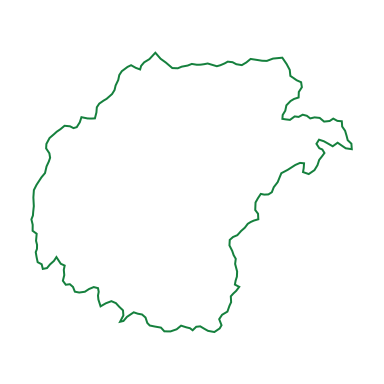 the district of São José do Rio Pardo, São Paulo, Brazil, rotated 177°
{"feature_id": "56859067B94240559052727", "entity_name": "São José do Rio Pardo", "entity_type": "district", "adm_level": 2, "iso_a3": "BRA", "parent_name": "Brazil", "parent_adm1": "São Paulo", "projection": "mercator", "projection_center": [-46.893, -21.597], "detail": "fine", "context": "isolated", "style": "outline", "palette": "green", "viewbox_px": 384, "rotation_deg": 177, "n_neighbors": 0, "source": "geoboundaries", "source_scale": "gbopen_adm2", "svg_char_len": 2869}
<svg xmlns="http://www.w3.org/2000/svg" viewBox="0 0 384 384"><g transform="rotate(177 192 192)"><path d="M349.8,130.0L345.9,127.7L345.0,123.0L340.8,123.6L337.6,127.1L333.5,130.4L330.8,134.1L328.8,130.6L326.8,127.2L323.0,125.2L324.1,121.0L323.9,115.7L325.6,110.1L322.9,106.0L318.8,106.3L315.8,103.4L314.2,98.6L309.9,97.5L304.2,98.0L299.9,100.5L295.1,102.2L290.9,100.9L290.4,97.2L291.3,93.5L291.1,89.5L289.3,82.6L283.8,85.4L278.2,87.2L273.8,85.0L270.6,81.1L267.1,77.4L267.0,72.3L270.6,66.2L267.2,66.8L263.5,70.7L256.5,74.9L252.5,73.3L248.3,72.3L245.0,69.1L243.5,63.6L241.2,60.9L236.2,59.6L230.1,58.2L226.9,54.3L220.8,53.9L214.5,55.7L209.9,59.1L204.6,57.1L201.2,56.1L198.6,53.9L194.8,57.2L190.8,57.4L186.6,54.6L183.3,52.5L177.0,51.0L171.5,54.3L169.5,57.4L171.5,63.6L168.4,67.8L162.9,70.7L160.5,76.5L158.7,79.9L158.7,85.8L156.0,88.5L153.1,90.9L149.8,94.8L154.0,97.3L153.1,101.1L151.6,105.1L151.1,110.2L152.7,117.9L151.8,123.0L153.7,126.7L154.9,131.0L157.4,136.7L156.8,142.2L153.4,144.9L149.0,146.5L144.9,150.6L141.1,153.6L138.0,157.3L134.9,159.0L131.8,160.2L127.2,161.3L127.2,166.8L129.8,170.7L129.1,178.2L126.5,182.3L123.4,186.5L120.0,185.6L115.8,185.6L112.3,187.6L110.1,192.5L105.9,197.4L103.8,201.9L101.8,206.1L95.3,209.1L87.4,213.6L82.6,215.4L78.6,214.8L79.2,210.0L80.1,206.1L74.5,203.8L68.6,207.4L65.3,212.2L63.3,217.4L60.4,220.7L57.7,224.0L59.6,227.6L62.6,229.1L65.2,233.6L62.4,237.6L57.7,235.8L53.1,232.9L49.1,230.3L44.0,233.6L40.0,230.5L36.2,227.6L30.2,226.4L30.3,231.9L33.8,235.6L34.7,240.1L35.9,245.1L38.6,249.5L38.7,254.8L43.1,255.4L47.1,257.9L50.8,255.7L56.4,255.4L60.6,259.3L65.7,260.1L70.1,259.3L73.3,262.1L77.4,263.4L81.6,261.4L85.5,262.1L90.4,258.9L94.5,259.6L97.9,260.3L97.4,264.2L94.6,268.3L93.2,273.6L88.8,277.7L85.2,279.6L80.6,280.8L80.1,286.3L76.8,290.9L77.3,295.9L81.6,298.1L87.7,302.8L88.0,308.8L90.8,314.8L94.8,321.4L104.1,321.0L110.4,319.0L115.1,319.4L120.7,320.6L126.5,321.8L131.0,318.5L135.6,316.1L141.1,317.3L144.7,319.5L149.5,320.3L152.7,318.7L157.1,317.1L160.6,316.3L165.1,317.9L169.6,319.5L173.3,319.0L176.8,318.7L180.4,318.8L185.5,319.9L189.7,318.5L195.7,317.7L199.7,316.3L205.2,316.8L211.3,322.6L216.4,326.7L221.3,333.0L227.6,326.9L233.0,324.0L236.2,320.6L237.4,317.1L241.6,318.9L246.2,321.8L249.8,320.3L255.8,316.3L258.5,312.6L259.8,307.7L262.7,302.4L264.0,297.9L266.7,294.0L272.4,289.5L275.5,287.9L280.0,285.1L282.6,281.6L283.3,276.4L285.1,270.6L288.6,270.6L292.4,270.9L298.5,272.5L300.4,267.5L303.7,262.8L307.0,262.0L310.4,264.0L315.8,264.8L320.1,261.6L323.9,259.3L326.6,257.1L331.4,253.4L334.9,247.6L335.4,243.2L332.4,238.1L331.9,233.6L333.4,229.9L335.9,225.2L337.8,218.6L341.6,214.5L346.8,207.4L349.8,202.2L350.7,194.8L350.7,186.2L351.6,180.6L352.1,176.8L353.8,173.1L352.8,167.6L353.2,161.6L349.3,158.4L350.3,151.4L349.5,147.3L349.8,143.3L351.2,140.1L350.6,135.0L349.8,130.0Z" fill="none" stroke="#15803d" stroke-width="2"/></g></svg>